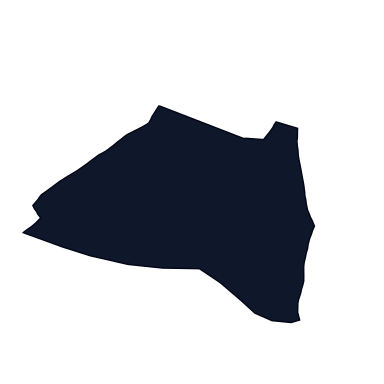 outline of Grande Riviere/Ingle Woods, Gros Islet, Saint Lucia, rotated 200°
{"feature_id": "8701671B99819358130632", "entity_name": "Grande Riviere/Ingle Woods", "entity_type": "district", "adm_level": 2, "iso_a3": "LCA", "parent_name": "Saint Lucia", "parent_adm1": "Gros Islet", "projection": "orthographic", "projection_center": [-60.956, 14.031], "detail": "fine", "context": "isolated", "style": "filled", "palette": "ink", "viewbox_px": 384, "rotation_deg": 200, "n_neighbors": 0, "source": "geoboundaries", "source_scale": "gbopen_adm2", "svg_char_len": 1431}
<svg xmlns="http://www.w3.org/2000/svg" viewBox="0 0 384 384"><g transform="rotate(200 192 192)"><path d="M336.6,96.1L335.5,96.1L321.6,96.1L294.8,96.1L265.8,97.3L227.4,102.1L193.7,110.5L158.8,122.5L134.4,116.5L108.9,106.9L91.4,99.7L72.8,98.5L54.2,103.3L47.1,108.5L49.7,112.3L51.6,115.1L53.7,121.3L54.6,124.0L55.1,127.5L55.3,133.9L55.9,138.4L56.1,142.4L56.5,146.3L58.7,152.5L59.9,155.6L61.5,160.0L62.5,164.0L63.2,170.0L63.8,173.6L64.1,178.4L65.0,182.5L65.6,188.7L65.4,192.5L65.6,197.1L65.3,201.8L69.0,205.9L70.2,207.0L72.3,209.0L74.5,211.6L77.4,214.7L80.7,220.1L82.3,223.4L84.7,227.1L86.2,230.6L89.0,236.0L90.9,239.4L93.2,243.2L95.4,247.0L98.4,252.1L100.6,255.7L102.7,259.1L104.7,262.8L107.1,268.2L109.0,271.6L110.8,275.6L111.7,279.4L113.8,285.4L114.6,287.9L136.9,286.6L137.8,283.3L138.0,280.5L138.6,278.2L139.7,274.5L142.7,265.7L159.6,260.9L161.8,259.9L251.5,261.7L252.6,261.4L253.3,258.3L254.4,253.4L255.4,248.7L255.5,246.1L256.1,242.4L257.6,240.1L260.5,236.6L265.5,231.2L269.1,227.4L271.4,225.0L273.0,223.1L274.6,220.8L276.6,217.3L278.9,213.8L282.1,208.3L286.8,201.1L289.5,197.9L292.2,195.0L297.4,187.2L300.5,182.3L304.8,176.1L307.5,172.3L313.7,164.8L316.8,160.7L319.8,156.9L327.3,145.5L329.9,141.7L332.5,138.0L333.7,134.5L334.0,132.6L336.9,124.9L334.4,122.5L331.4,120.5L329.5,118.6L326.8,116.9L325.3,115.9L328.2,109.4L331.2,104.2L333.8,100.6L336.2,96.9L336.6,96.1Z" fill="#0f172a" stroke="#020617" stroke-width="1.5"/></g></svg>